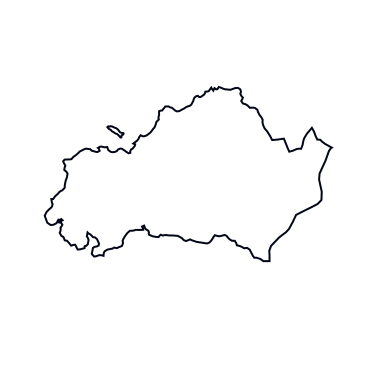 the district of Pitas, Sabah, Malaysia, rotated 250°
{"feature_id": "92858781B47215785880739", "entity_name": "Pitas", "entity_type": "district", "adm_level": 2, "iso_a3": "MYS", "parent_name": "Malaysia", "parent_adm1": "Sabah", "projection": "robinson", "projection_center": [117.152, 6.731], "detail": "fine", "context": "isolated", "style": "outline", "palette": "ink", "viewbox_px": 384, "rotation_deg": 250, "n_neighbors": 0, "source": "geoboundaries", "source_scale": "gbopen_adm2", "svg_char_len": 4674}
<svg xmlns="http://www.w3.org/2000/svg" viewBox="0 0 384 384"><g transform="rotate(250 192 192)"><path d="M185.9,338.5L191.7,333.5L194.7,331.5L197.2,330.4L198.4,327.7L202.4,327.3L207.0,327.3L211.3,326.6L209.1,322.8L207.3,319.7L204.2,315.9L202.1,314.2L198.1,311.8L195.3,309.3L196.0,307.6L196.6,305.2L196.3,301.0L196.6,297.2L200.9,296.9L210.7,296.6L211.9,290.7L213.4,285.1L218.0,284.5L223.2,283.4L226.9,282.0L230.3,281.7L233.1,282.0L235.8,283.1L238.6,282.7L241.6,281.7L244.9,281.4L246.8,281.6L249.6,279.8L250.7,277.4L251.3,275.2L254.1,273.9L256.0,272.5L257.8,270.1L260.7,269.4L262.3,271.2L263.3,272.1L265.6,271.2L267.8,271.0L269.4,272.3L271.9,272.5L274.1,270.8L274.9,268.1L274.9,263.0L277.4,257.9L278.6,256.4L280.4,254.6L281.5,253.1L280.0,251.1L280.2,249.8L281.9,248.7L280.9,247.5L280.0,246.7L282.1,246.0L283.5,245.8L281.1,242.2L281.1,241.1L281.7,238.9L280.4,238.0L279.4,236.7L279.0,235.2L278.4,233.2L278.6,231.4L280.4,230.3L280.6,228.8L279.8,226.5L278.4,225.2L277.4,224.6L274.3,221.2L273.7,219.2L273.9,217.5L273.7,215.3L273.1,212.8L272.9,210.8L272.5,208.6L272.5,206.9L273.1,205.1L274.7,203.8L276.4,202.9L278.0,202.0L279.0,200.4L280.4,199.3L281.5,196.2L280.6,194.7L278.8,191.8L279.2,190.3L279.2,188.7L278.2,188.3L275.6,187.4L274.7,186.7L273.3,185.9L271.5,185.6L270.0,182.5L268.4,181.4L266.8,180.1L265.4,178.8L264.7,177.2L263.3,175.2L262.1,173.3L260.7,168.8L260.7,166.4L261.1,164.9L262.9,163.1L261.7,161.3L260.3,160.0L259.0,158.0L257.6,153.4L256.2,154.9L254.9,154.0L253.1,151.1L252.7,149.2L251.3,147.8L249.9,147.4L250.1,145.6L251.9,144.3L252.3,143.9L253.9,143.0L254.9,142.1L256.4,141.2L257.4,139.4L257.2,137.0L256.2,135.5L256.0,133.2L256.4,131.5L257.2,129.7L258.6,128.6L260.1,127.7L263.3,127.7L263.5,126.6L263.9,125.1L265.8,122.2L266.0,120.9L265.6,118.7L264.7,119.3L262.3,119.3L261.9,116.9L262.5,115.6L265.2,111.8L267.0,111.1L268.0,109.1L269.0,107.2L269.0,104.5L268.4,100.3L267.0,97.4L266.2,95.0L265.6,92.6L264.1,89.9L264.7,87.3L265.4,85.5L266.0,83.3L265.0,81.5L263.1,81.5L260.1,82.0L258.4,80.6L256.4,79.5L254.1,80.9L251.7,81.3L248.6,79.5L246.0,77.3L244.3,76.2L241.7,74.7L239.5,73.8L238.0,70.9L237.8,69.1L237.4,67.4L236.2,65.4L234.8,61.9L232.9,59.2L233.5,57.4L230.3,56.8L228.2,56.8L226.8,55.9L225.6,54.6L224.6,51.9L222.9,48.4L221.5,47.0L220.1,45.5L215.0,45.5L212.7,45.5L209.3,47.9L208.6,50.6L209.0,53.9L210.1,55.2L211.7,57.0L210.9,58.5L211.3,59.9L209.7,60.7L209.5,59.2L209.9,57.7L209.0,56.5L207.8,58.5L205.6,59.0L204.2,57.4L203.3,56.1L201.9,55.9L200.3,55.0L198.8,53.7L195.4,54.3L193.8,55.7L191.9,55.9L190.1,55.9L188.9,57.9L185.6,59.2L182.9,60.1L182.9,62.1L182.5,64.1L180.9,64.5L179.7,64.5L177.0,64.9L176.4,67.2L176.2,69.6L176.0,71.8L177.8,72.7L177.6,74.2L178.5,76.2L180.1,77.1L182.3,78.4L184.8,78.4L186.2,78.0L189.7,80.0L188.4,80.6L186.6,82.2L183.5,83.5L182.5,85.3L180.3,86.6L175.4,87.0L173.6,85.9L173.4,83.7L173.8,81.5L173.3,79.8L168.2,76.7L167.2,76.9L164.8,78.0L164.4,79.8L164.4,83.3L163.2,85.9L162.3,87.0L163.8,87.7L165.0,88.4L166.2,89.7L166.8,92.8L166.4,95.7L166.0,97.7L166.4,99.9L165.0,102.1L165.2,104.9L165.2,107.6L167.2,109.4L168.7,110.0L169.7,110.0L171.3,111.4L172.9,113.3L174.2,115.1L175.6,117.3L176.8,120.4L175.8,123.5L175.6,126.4L174.6,128.8L173.2,133.2L174.4,133.5L176.6,133.2L176.8,135.5L174.8,135.5L173.1,135.7L171.9,136.6L170.5,137.7L168.7,137.7L168.0,137.2L166.6,137.0L163.8,139.9L161.7,143.6L161.1,145.2L162.1,146.7L162.5,148.1L161.1,149.6L160.9,151.4L160.3,153.1L158.9,155.8L157.7,159.1L155.6,163.7L152.3,166.6L149.5,167.9L147.9,169.7L148.1,174.1L147.0,175.0L145.4,177.0L143.6,179.2L138.5,188.5L138.5,190.5L139.1,192.3L140.3,194.3L142.1,196.5L143.6,198.7L142.4,200.2L141.1,202.4L140.7,204.9L140.5,208.0L138.9,209.5L136.8,210.2L134.8,211.1L132.6,212.8L131.5,215.5L128.9,216.1L126.6,215.9L124.8,218.6L122.8,220.6L121.3,221.7L120.7,224.6L118.1,226.5L111.1,227.4L108.9,228.1L108.1,230.3L105.6,233.4L102.6,235.4L100.5,241.2L106.3,243.3L110.3,244.5L114.3,247.8L119.6,258.6L122.2,266.9L124.1,270.5L129.7,276.8L134.9,282.0L136.1,292.0L136.8,298.5L137.8,306.0L140.2,310.9L147.9,314.0L160.3,315.7L165.7,318.2L170.9,323.3L175.7,328.1L183.7,334.7L185.8,337.7L185.9,338.5ZM270.8,147.7L271.7,146.0L272.5,145.0L273.3,144.6L275.0,144.1L276.4,143.6L277.7,142.7L278.5,141.8L279.6,140.6L280.0,140.1L280.6,139.8L281.7,138.0L281.6,137.2L282.0,136.6L282.3,135.8L282.2,135.2L281.9,134.7L280.6,135.1L279.5,135.6L278.7,136.4L278.3,136.8L277.5,137.2L276.7,137.4L275.9,138.0L275.3,138.5L274.7,139.0L273.4,139.9L272.7,140.6L272.2,141.4L271.7,141.7L271.0,142.1L270.3,142.4L269.6,142.7L268.9,143.0L268.0,143.3L267.4,143.9L267.5,144.3L268.0,144.6L268.6,144.8L269.1,145.1L269.4,145.7L269.5,146.8L269.8,147.4L270.2,147.7L270.8,147.7Z" fill="none" stroke="#020617" stroke-width="2"/></g></svg>